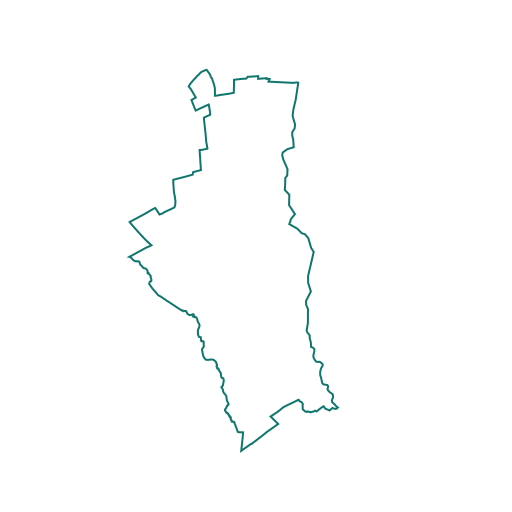 Totesti, Hunedoara, Romania (Natural Earth projection), rotated 308°
{"feature_id": "2599482B81892486754404", "entity_name": "Totesti", "entity_type": "district", "adm_level": 2, "iso_a3": "ROU", "parent_name": "Romania", "parent_adm1": "Hunedoara", "projection": "natural_earth1", "projection_center": [22.867, 45.565], "detail": "fine", "context": "isolated", "style": "outline", "palette": "teal", "viewbox_px": 512, "rotation_deg": 308, "n_neighbors": 0, "source": "geoboundaries", "source_scale": "gbopen_adm2", "svg_char_len": 6106}
<svg xmlns="http://www.w3.org/2000/svg" viewBox="0 0 512 512"><g transform="rotate(308 256 256)"><path d="M358.8,98.8L357.0,98.4L351.1,98.2L348.2,98.6L347.3,102.2L343.8,111.0L339.2,109.1L333.8,118.2L333.5,119.0L336.7,120.5L346.2,125.4L345.7,126.2L341.9,130.3L340.8,131.5L339.9,132.2L339.1,133.0L337.6,132.1L332.9,129.8L331.2,131.3L321.8,140.5L316.2,145.7L314.3,147.6L313.0,149.2L312.2,149.9L311.0,151.4L310.6,151.6L309.5,150.7L306.0,147.7L304.8,146.3L289.8,159.7L283.4,154.8L281.1,156.0L273.3,150.2L267.8,145.9L265.1,143.9L262.7,145.8L256.8,151.1L255.3,152.6L252.5,155.8L249.6,158.8L246.7,160.8L244.6,161.7L243.6,161.6L241.7,160.7L234.2,156.8L232.2,156.2L229.3,154.5L231.5,148.0L231.7,147.3L231.7,146.9L228.3,145.4L223.3,143.5L218.8,141.6L210.2,137.8L205.0,135.5L204.6,137.0L203.6,141.9L202.3,149.2L201.9,151.6L201.5,154.1L201.1,156.5L200.5,161.3L200.1,167.0L198.7,166.4L194.7,164.2L177.3,156.7L177.7,157.6L177.8,158.5L177.2,161.9L177.5,164.0L178.3,164.9L178.5,165.8L179.5,166.6L179.7,167.1L179.4,167.9L177.9,170.2L177.8,172.0L177.3,174.3L177.3,175.1L177.6,175.6L178.1,176.3L178.1,176.6L178.2,177.4L178.0,178.7L177.7,179.4L176.9,180.2L175.8,181.0L175.7,181.5L176.0,181.7L176.4,181.9L176.4,182.1L175.9,182.8L175.7,184.3L175.5,185.2L175.2,185.6L174.4,185.9L174.1,186.3L173.9,186.8L173.0,188.1L171.8,188.9L171.3,188.8L171.0,188.4L170.7,188.3L170.1,188.2L169.4,188.4L168.7,188.7L168.2,189.1L166.6,194.4L165.4,200.9L164.9,203.0L165.0,203.7L165.4,206.0L165.7,211.0L166.5,221.1L167.0,227.1L167.3,230.0L167.3,230.9L167.5,230.9L167.7,231.2L168.0,231.6L167.9,232.3L167.8,232.6L168.0,233.2L169.0,233.8L169.2,234.0L169.5,234.9L169.0,236.0L168.4,237.2L168.3,238.0L168.4,239.4L168.5,240.0L168.7,240.4L169.5,241.1L171.2,242.1L171.5,242.4L171.6,242.7L171.4,243.1L171.0,243.3L169.9,243.6L170.5,244.1L170.5,244.3L169.9,244.8L169.8,245.0L170.5,245.5L170.8,246.1L170.5,247.8L170.2,248.3L168.7,250.2L168.0,251.4L167.8,252.3L167.2,253.5L166.8,253.9L165.9,254.7L164.5,255.2L163.7,255.3L162.1,255.8L161.3,256.2L159.5,257.7L158.2,258.9L157.4,260.4L157.2,261.0L157.8,262.0L158.0,262.4L157.8,262.7L155.6,264.7L155.3,265.2L155.2,265.6L156.0,266.3L156.4,267.0L156.2,267.4L155.8,268.0L154.3,269.0L153.1,270.1L152.9,270.4L152.6,270.5L151.6,270.8L149.8,270.8L149.2,271.0L148.7,271.3L148.0,272.1L147.7,272.7L146.1,274.2L145.5,275.3L144.9,275.8L144.5,276.3L143.7,278.6L143.4,280.0L143.6,280.5L144.1,281.5L144.7,282.2L147.3,284.9L147.8,285.9L148.0,286.5L148.1,287.1L148.0,288.0L147.9,289.5L147.8,289.9L146.8,291.1L146.6,291.8L146.3,292.2L145.9,292.5L144.6,292.9L144.4,293.2L144.4,293.8L144.2,294.4L143.5,294.7L143.5,294.9L143.6,295.0L144.0,295.3L144.1,295.6L144.1,295.8L143.8,296.3L143.4,296.6L143.2,297.3L142.7,298.1L142.1,300.1L141.8,300.7L140.5,301.7L139.8,302.5L139.0,303.7L138.9,304.1L139.4,305.0L139.3,305.5L139.2,306.0L138.2,307.1L137.5,307.6L133.5,309.6L133.0,309.7L132.5,309.6L131.9,309.4L131.5,309.4L131.2,309.6L131.0,310.0L130.8,311.0L130.3,312.2L129.4,313.0L128.9,313.8L128.6,314.4L128.1,315.5L127.9,317.3L127.5,318.4L127.1,319.1L124.3,321.9L123.8,322.9L122.7,325.2L122.2,325.6L121.8,325.9L121.4,325.9L121.2,325.7L120.7,325.4L120.2,325.4L119.7,325.7L119.1,325.6L118.5,325.8L118.1,326.1L117.8,326.2L117.0,326.0L116.5,326.1L116.2,326.1L115.6,326.3L115.0,326.9L114.9,327.5L114.9,327.9L114.5,328.6L114.4,328.7L114.6,329.1L114.3,329.7L114.6,330.1L114.3,330.7L114.5,331.0L114.3,331.2L114.4,331.8L114.2,332.3L113.5,332.9L113.5,333.1L113.8,333.4L113.8,333.7L113.0,334.4L112.9,334.6L113.0,334.9L113.4,335.2L113.4,335.4L112.8,335.8L112.4,336.3L111.6,336.7L111.4,337.2L111.4,337.6L111.5,338.1L111.3,338.5L110.6,338.9L111.8,340.9L110.6,342.8L106.2,350.0L106.3,350.4L106.7,351.2L107.3,351.9L109.1,354.4L104.2,357.6L93.4,364.3L103.1,367.2L105.5,368.1L105.5,368.3L120.0,372.0L124.1,372.9L137.3,376.9L138.5,366.3L145.9,368.8L149.7,369.8L153.5,370.6L154.6,371.1L158.9,373.1L163.2,375.3L169.0,378.1L169.0,378.3L168.7,378.5L168.7,379.0L168.4,379.6L168.4,380.0L168.6,380.6L168.8,381.3L168.8,382.5L168.6,383.2L168.1,384.1L167.9,384.3L167.1,384.5L165.5,386.0L164.3,386.9L164.1,387.1L164.0,387.5L163.9,388.4L163.9,389.1L163.8,389.7L163.8,390.5L164.0,391.1L164.3,391.6L164.4,392.1L165.1,392.6L165.3,392.5L166.5,394.8L166.4,395.3L167.4,395.9L168.3,396.7L169.6,397.5L170.5,397.8L170.8,399.4L177.2,401.0L179.2,401.8L179.1,402.6L178.7,403.2L178.5,404.1L178.5,404.9L178.7,405.9L179.2,407.5L179.6,409.1L181.4,409.4L182.5,409.7L183.3,409.8L183.9,411.6L184.6,413.0L185.3,413.5L187.0,413.8L186.9,412.2L187.5,409.3L187.6,407.5L187.8,405.8L188.4,405.2L189.2,404.6L191.8,403.8L192.8,403.2L193.7,402.2L194.3,401.4L194.1,398.0L194.4,395.9L194.9,394.6L195.3,394.1L197.2,393.5L197.6,393.2L198.0,392.5L198.2,391.6L197.8,390.8L196.5,388.5L196.4,387.7L196.7,386.4L198.3,384.4L200.2,382.2L201.5,380.1L202.5,379.3L203.6,378.3L206.0,377.0L208.2,376.3L210.5,376.1L211.1,375.7L211.8,375.0L212.0,372.1L211.7,371.1L210.9,370.3L210.3,369.4L209.8,368.5L210.0,367.7L210.5,365.8L211.2,364.3L212.0,363.2L213.0,362.4L216.6,360.7L217.5,360.2L218.2,359.6L218.6,359.0L218.8,357.5L218.3,355.3L221.7,352.4L223.3,350.2L224.9,348.3L226.1,347.6L226.4,347.3L226.6,346.9L227.0,345.2L227.0,344.5L227.3,343.8L228.3,341.9L235.2,338.1L246.2,329.6L248.4,325.6L251.3,323.1L261.8,321.1L267.0,313.6L272.2,309.4L294.7,299.0L296.3,294.5L302.2,286.3L303.3,281.3L302.1,277.9L303.0,271.7L301.6,262.6L306.7,260.8L313.0,260.9L316.4,250.8L324.8,244.5L325.8,238.0L330.7,234.7L335.4,231.1L338.7,231.0L343.8,227.4L348.6,218.5L351.4,214.7L354.0,213.3L359.6,215.0L364.9,218.8L370.9,213.4L373.2,210.4L376.0,208.3L380.3,207.9L383.7,205.8L388.9,198.6L394.4,195.3L403.7,191.0L418.6,182.6L417.6,180.9L415.3,178.7L401.1,158.5L403.9,157.7L402.0,155.2L402.6,154.8L396.9,148.6L399.1,147.0L394.3,141.7L392.1,139.1L391.4,139.2L389.7,139.0L387.5,136.5L383.3,132.1L381.3,130.2L375.6,134.6L370.9,138.0L367.0,134.6L361.1,128.9L358.0,126.1L357.0,125.0L363.0,120.2L366.1,116.2L367.5,113.9L368.6,112.4L368.8,111.9L368.9,111.3L369.1,110.8L370.9,107.5L372.3,102.5L370.8,101.4L370.2,101.2L369.5,100.7L367.9,99.9L367.4,99.7L366.3,99.4L363.4,99.2L361.5,98.8L360.0,98.7L358.8,98.8Z" fill="none" stroke="#0f766e" stroke-width="2"/></g></svg>